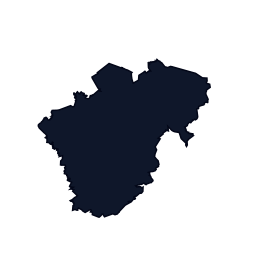 outline of Chilpancingo de los Bravo, Guerrero, Mexico, rotated 144°
{"feature_id": "50627088B70849430665629", "entity_name": "Chilpancingo de los Bravo", "entity_type": "district", "adm_level": 2, "iso_a3": "MEX", "parent_name": "Mexico", "parent_adm1": "Guerrero", "projection": "mercator", "projection_center": [-99.694, 17.392], "detail": "fine", "context": "isolated", "style": "filled", "palette": "ink", "viewbox_px": 256, "rotation_deg": 144, "n_neighbors": 0, "source": "geoboundaries", "source_scale": "gbopen_adm2", "svg_char_len": 5805}
<svg xmlns="http://www.w3.org/2000/svg" viewBox="0 0 256 256"><g transform="rotate(144 128 128)"><path d="M199.2,70.0L190.7,67.5L189.5,65.5L187.1,64.7L185.0,65.3L184.7,65.1L184.2,65.4L184.3,65.5L183.6,65.7L175.6,67.2L168.9,66.4L171.1,67.3L171.0,68.3L169.9,67.9L169.1,66.6L168.7,66.4L165.6,67.2L164.3,66.4L163.5,66.6L163.3,67.2L164.2,68.4L164.0,68.7L163.3,68.9L161.2,68.0L157.2,68.4L155.4,67.4L153.2,68.0L150.6,71.3L151.5,71.3L151.6,71.6L152.1,71.6L152.5,73.3L155.6,75.3L155.8,76.7L154.8,76.2L153.7,76.2L152.5,75.4L151.6,75.4L150.1,74.4L147.7,74.2L147.2,73.6L147.2,72.3L146.8,72.2L146.6,71.6L145.8,71.7L142.0,70.7L141.4,70.2L138.8,70.6L138.4,71.8L138.7,73.7L138.1,75.5L138.1,76.3L138.6,77.0L137.8,77.3L137.6,78.0L137.2,78.6L137.1,79.3L137.4,80.0L134.9,79.1L133.5,78.2L131.1,77.5L130.5,78.0L129.9,77.8L129.5,78.0L129.5,78.8L128.6,79.3L126.6,79.0L126.4,79.3L125.9,79.1L125.7,79.6L124.4,80.3L122.9,83.8L123.3,86.3L123.4,89.2L121.3,91.2L117.7,93.5L117.1,96.8L108.4,100.3L109.6,102.0L103.1,102.5L103.1,103.1L102.8,103.4L99.3,103.3L99.3,103.9L98.6,104.2L97.0,101.9L94.8,106.0L93.9,100.3L93.2,98.7L92.3,97.4L89.2,94.3L91.2,88.1L90.0,81.6L91.3,80.3L91.5,78.7L90.0,79.4L88.1,82.5L85.6,83.3L79.7,83.4L80.0,83.9L79.8,84.4L79.2,84.5L78.9,85.2L79.9,86.0L80.4,85.8L80.6,86.0L80.3,86.5L80.7,86.8L80.8,87.1L81.3,87.2L82.0,87.8L81.8,88.2L82.1,88.7L81.5,88.9L82.9,90.7L82.8,91.5L82.5,91.2L82.4,92.3L81.9,92.7L81.7,94.5L81.6,94.4L81.6,94.0L81.6,93.9L81.5,95.5L80.6,95.2L78.6,95.1L77.7,95.9L75.5,96.7L74.2,95.8L74.1,95.4L73.8,95.4L72.9,95.8L71.3,95.9L71.0,96.5L70.3,95.9L69.1,96.0L68.7,95.0L67.1,94.9L65.7,95.5L64.9,96.3L61.3,102.9L60.5,102.9L59.8,102.3L59.5,102.3L58.1,103.9L55.1,103.0L53.1,102.2L52.7,102.5L52.1,102.5L51.4,103.5L49.5,103.0L48.8,101.9L48.5,101.8L47.6,102.9L47.5,103.6L46.9,103.7L46.7,104.2L46.3,104.2L45.1,109.9L44.9,109.9L44.2,110.9L42.8,111.8L42.2,112.6L37.6,112.6L36.2,115.4L38.0,117.8L38.0,118.5L37.4,119.2L36.4,119.5L34.8,122.0L38.3,124.8L41.2,132.5L56.3,151.6L57.4,152.8L60.4,153.6L61.6,155.2L62.2,155.6L62.4,161.1L62.9,161.4L62.9,162.3L63.1,162.5L63.2,163.1L63.1,163.3L63.4,163.6L63.6,164.2L64.1,164.6L64.0,165.0L64.3,165.5L64.1,166.1L64.3,166.5L65.0,165.9L66.1,165.5L66.3,165.7L66.5,165.4L66.8,165.6L66.7,166.2L67.1,165.9L67.7,166.2L68.0,166.1L68.4,166.2L68.6,166.8L69.6,167.1L69.7,167.4L70.2,167.2L70.7,167.8L70.8,167.5L71.3,167.9L71.6,167.8L71.9,168.2L72.3,168.3L72.5,168.7L73.0,168.5L73.3,168.8L73.7,168.2L73.5,167.8L73.8,167.7L73.4,167.0L74.5,166.9L74.5,166.5L74.9,166.4L75.8,165.1L76.1,164.1L76.2,161.1L77.0,161.9L76.5,161.1L76.8,161.1L77.4,161.9L78.0,161.5L78.8,161.9L79.6,161.6L80.8,162.1L81.0,162.0L80.9,163.8L81.4,164.1L83.2,163.7L83.3,163.9L88.2,164.2L91.4,160.5L96.4,161.1L97.1,160.9L97.5,161.3L96.1,165.3L94.6,168.1L93.1,170.4L92.1,170.6L94.4,175.3L94.6,175.4L95.8,177.2L96.4,178.5L96.7,178.5L97.2,179.6L97.0,180.0L97.5,180.5L97.8,180.0L105.4,191.3L120.2,190.8L120.1,189.8L127.2,190.4L127.6,189.3L128.8,177.9L128.6,176.2L128.0,176.1L127.7,175.8L128.6,175.3L128.5,173.9L129.0,174.3L129.6,175.8L136.7,175.2L137.3,175.7L137.9,175.7L138.1,175.3L138.3,175.5L139.0,175.5L138.9,175.6L139.4,176.3L140.3,175.8L140.4,175.2L142.0,174.8L143.2,175.1L145.0,177.5L144.8,177.8L143.9,178.3L142.8,177.9L142.2,178.3L142.7,179.1L144.8,180.5L144.9,181.0L143.5,181.2L143.2,181.7L144.5,183.5L144.6,184.6L145.6,184.8L146.1,184.6L146.4,184.1L147.1,183.8L147.6,184.5L147.6,187.0L148.5,186.9L150.1,186.1L150.8,186.7L150.9,187.8L151.2,188.1L151.6,187.8L152.2,186.7L151.3,184.9L151.3,184.0L152.1,183.4L152.4,183.5L152.6,184.5L153.2,184.1L153.3,182.7L153.0,182.0L153.4,180.9L154.4,181.1L154.8,180.1L159.1,177.0L160.3,177.6L161.3,179.8L172.9,183.0L174.9,184.0L179.0,186.8L180.5,186.1L180.9,185.7L181.0,184.8L180.8,183.6L182.1,183.2L181.7,182.4L183.0,181.9L183.2,182.0L183.0,181.6L183.2,181.3L184.5,180.8L184.7,181.3L185.7,180.8L186.2,181.0L186.5,180.6L187.4,181.0L188.0,181.9L187.9,183.0L187.6,183.2L188.1,183.6L187.9,184.6L188.5,185.0L189.1,184.6L189.6,185.2L190.1,184.9L190.4,185.1L190.9,184.4L192.3,184.3L192.8,183.8L194.4,183.8L195.3,183.3L196.7,183.5L198.5,183.3L199.4,182.4L199.8,180.1L198.7,173.8L198.3,173.8L198.7,173.6L198.2,171.7L198.2,169.1L200.6,168.8L200.2,168.0L199.4,167.7L201.2,165.0L202.1,164.1L200.6,162.7L200.3,160.6L199.7,159.9L197.6,161.0L197.5,160.5L198.1,160.5L198.2,160.3L197.6,160.1L198.2,159.7L199.0,159.7L199.0,159.3L198.7,159.2L198.9,158.9L198.7,158.7L199.0,158.5L198.6,158.2L198.7,157.9L199.4,157.9L199.9,157.3L199.6,157.0L199.2,157.2L199.2,156.7L199.6,156.2L199.9,156.7L200.6,156.0L200.1,155.7L200.4,155.6L200.0,155.2L200.1,154.2L199.0,153.9L198.8,154.1L198.2,153.7L198.3,152.9L197.6,152.5L198.4,152.0L197.4,151.8L199.5,148.9L199.2,148.8L199.7,148.6L199.6,147.8L198.9,147.6L199.4,147.2L199.6,146.3L200.0,146.4L199.9,145.5L200.3,145.3L197.2,144.1L199.5,141.3L201.8,140.9L204.3,137.8L203.6,137.0L200.7,135.0L201.2,133.3L202.5,133.3L202.8,132.6L202.5,131.9L202.6,131.5L205.0,130.7L204.7,130.0L206.3,128.5L205.0,126.7L205.1,126.4L204.9,126.1L205.5,125.5L205.1,124.9L205.4,124.5L205.5,123.8L205.8,123.8L205.7,123.1L206.1,122.6L206.8,122.2L206.9,121.8L207.9,121.5L205.2,121.3L204.7,121.5L204.6,121.3L205.0,121.1L205.4,120.4L206.5,120.1L207.3,120.4L205.5,117.2L209.6,115.2L209.6,114.9L209.4,114.5L209.4,114.1L208.9,113.9L207.2,112.3L209.8,112.6L210.7,112.5L209.9,112.1L208.0,110.0L209.9,109.4L208.7,102.9L210.1,103.0L211.0,102.8L211.9,103.1L215.3,102.8L217.5,103.2L217.3,102.3L216.4,101.6L216.3,101.4L215.5,101.1L215.9,99.0L216.1,99.0L216.3,99.3L216.4,98.4L217.5,97.0L218.1,97.5L221.2,94.0L218.8,93.3L217.8,91.7L217.0,91.1L216.5,91.8L215.2,92.4L213.5,89.2L213.4,87.6L212.3,84.9L207.0,84.3L206.1,83.7L206.2,82.9L207.8,82.2L206.6,81.1L206.7,80.2L207.8,78.9L204.2,73.3L203.7,72.8L201.4,73.0L199.7,73.6L198.8,73.1L199.1,72.2L199.2,70.0Z" fill="#0f172a" stroke="#020617" stroke-width="1.5"/></g></svg>